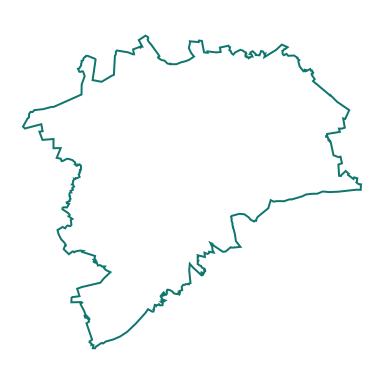 Dolores Hidalgo Cuna de la Independencia Nacional, Guanajuato, Mexico (Mercator projection)
{"feature_id": "50627088B75403273518894", "entity_name": "Dolores Hidalgo Cuna de la Independencia Nacional", "entity_type": "district", "adm_level": 2, "iso_a3": "MEX", "parent_name": "Mexico", "parent_adm1": "Guanajuato", "projection": "mercator", "projection_center": [-100.949, 21.105], "detail": "fine", "context": "isolated", "style": "outline", "palette": "teal", "viewbox_px": 384, "rotation_deg": 0, "n_neighbors": 0, "source": "geoboundaries", "source_scale": "gbopen_adm2", "svg_char_len": 5807}
<svg xmlns="http://www.w3.org/2000/svg" viewBox="0 0 384 384"><path d="M23.0,126.6L24.9,128.5L41.3,124.2L42.6,131.2L39.4,131.7L42.5,139.9L53.5,139.0L53.5,148.2L60.7,148.1L56.7,157.9L60.8,158.7L61.6,161.1L63.2,160.8L66.6,158.9L68.4,158.9L72.2,160.0L75.0,162.3L75.6,163.9L74.9,164.3L76.6,165.8L77.6,165.5L77.9,164.6L78.6,164.9L79.6,164.4L81.0,165.9L80.9,169.7L80.0,169.9L80.2,171.5L79.5,172.0L79.7,173.1L78.7,174.4L79.6,176.9L77.0,178.2L75.9,178.0L75.4,178.9L74.2,178.7L74.4,179.1L73.1,180.8L73.1,182.7L72.2,184.2L72.7,184.1L74.0,186.6L72.3,187.9L72.9,189.8L70.5,190.9L71.2,192.3L70.6,192.3L69.5,193.3L69.4,195.8L70.1,196.2L69.8,197.6L70.6,198.8L69.5,200.2L69.8,200.9L66.6,202.4L66.9,203.3L69.1,203.8L67.0,207.4L63.5,207.3L62.6,207.8L62.4,209.2L68.3,213.2L69.7,214.8L69.3,216.3L68.8,216.4L72.4,219.0L70.8,219.8L71.4,224.9L70.2,226.2L67.7,225.5L66.8,226.0L65.2,228.3L62.6,227.0L57.5,230.0L58.6,234.3L61.3,239.5L64.1,242.3L65.9,245.1L65.6,245.9L64.9,245.9L63.7,249.2L68.9,254.2L72.5,251.5L73.6,251.6L74.2,252.3L75.7,251.4L80.2,250.5L82.7,250.9L81.8,251.3L81.8,251.8L95.1,256.0L94.5,258.4L95.8,260.4L94.0,260.1L94.8,261.1L94.3,261.1L93.7,261.8L94.4,262.3L94.1,262.4L96.9,262.9L97.5,264.6L98.3,265.1L98.2,265.4L99.4,265.2L100.8,265.4L101.8,266.4L105.0,266.5L104.7,266.9L103.4,267.1L104.4,268.5L105.9,270.1L110.4,272.2L103.6,278.7L100.4,282.7L82.0,287.0L77.2,288.7L79.5,296.2L72.3,297.1L71.5,297.9L71.4,302.3L81.5,302.1L82.1,302.7L80.5,303.7L80.7,304.5L84.1,310.8L85.3,314.4L87.2,316.5L84.7,316.1L85.2,317.7L88.1,317.7L87.9,318.7L90.1,318.9L88.6,319.5L89.1,321.6L86.5,323.3L92.1,339.7L89.7,341.3L89.5,342.2L91.3,343.4L91.4,345.0L92.2,344.6L93.5,345.2L92.8,348.2L95.0,348.3L95.9,346.7L101.6,342.9L103.0,343.5L105.8,341.5L113.5,339.4L120.1,336.5L127.1,331.9L135.7,323.7L145.3,313.1L148.1,309.2L152.2,311.6L153.4,311.6L154.0,309.7L153.5,309.3L153.9,308.9L154.8,304.9L155.7,305.1L156.1,305.7L156.3,305.1L157.7,305.2L158.9,304.2L159.8,305.3L162.5,305.2L162.7,303.2L161.3,302.2L162.8,302.1L165.3,300.5L164.0,300.1L163.8,300.8L162.4,300.8L161.5,300.1L162.5,299.6L162.3,298.6L161.1,297.3L161.6,296.0L160.9,295.8L162.5,293.8L162.3,295.9L163.4,295.5L162.8,294.7L164.1,293.0L165.2,294.8L166.0,294.6L166.8,295.2L166.2,294.1L167.0,293.1L166.5,291.4L167.2,290.7L167.0,290.1L167.4,289.7L169.3,289.9L170.9,290.6L172.6,291.7L173.9,293.4L177.2,294.1L177.6,293.7L178.7,294.0L178.7,293.5L179.3,294.5L179.6,294.1L179.1,293.7L179.1,292.9L179.8,292.8L180.0,292.1L179.7,290.9L182.2,290.1L181.7,286.9L183.1,284.9L184.7,284.9L185.8,284.1L188.5,284.2L188.3,283.8L190.5,283.1L189.2,270.4L189.8,263.8L193.1,267.6L201.6,275.4L202.9,274.9L203.1,274.3L202.0,274.5L202.4,273.3L201.4,273.0L201.5,272.4L203.8,273.2L204.4,271.9L204.2,270.7L205.2,270.9L205.2,270.5L204.7,268.9L201.8,267.5L201.1,265.9L199.1,265.3L198.5,264.4L197.7,264.1L197.7,261.2L198.2,261.2L198.4,260.5L197.9,260.3L197.7,259.5L197.7,256.8L198.2,256.8L198.3,256.2L197.9,255.3L204.9,257.0L204.5,252.7L207.4,253.9L208.9,253.3L209.1,251.7L213.8,252.6L212.5,250.0L212.2,246.8L210.4,242.9L212.4,243.9L213.7,245.6L222.9,251.8L225.6,251.5L230.8,247.2L231.9,247.7L240.4,246.9L235.9,241.1L234.9,234.1L233.6,229.0L232.8,227.8L233.2,226.9L232.4,225.2L232.5,223.3L231.5,220.6L231.7,218.5L231.0,216.8L231.7,215.9L239.4,213.8L244.4,214.3L248.6,217.3L250.8,219.9L254.2,221.5L255.1,220.6L256.1,220.8L256.5,218.9L257.7,216.9L268.3,208.2L270.7,200.2L273.9,201.7L276.6,201.1L284.2,201.2L289.6,199.3L291.5,199.5L302.1,196.4L305.9,194.5L311.6,193.8L317.3,193.7L322.8,191.5L329.2,192.1L338.4,191.7L356.2,189.7L360.7,189.8L360.9,186.0L360.6,185.6L361.0,184.4L358.4,184.0L356.4,182.3L356.8,182.0L357.3,178.3L354.2,177.4L353.5,179.0L348.0,174.9L348.8,173.9L345.7,171.0L340.8,175.6L340.8,176.0L339.1,175.8L338.4,164.6L342.0,163.3L340.5,156.7L338.8,157.2L333.5,155.3L330.7,142.1L330.1,141.9L330.1,140.7L328.6,140.6L328.7,139.2L328.3,139.2L327.6,136.8L326.2,136.9L326.1,136.2L327.2,136.2L327.0,134.0L339.8,131.9L339.0,128.6L341.9,128.6L344.8,127.7L343.2,118.4L345.2,119.0L349.2,110.1L337.1,101.8L330.5,95.2L330.3,95.6L313.0,81.1L314.7,79.2L311.9,75.2L311.6,74.0L312.6,73.6L312.3,73.1L313.1,72.5L311.8,70.4L311.1,70.7L310.2,69.0L307.6,70.4L306.0,70.1L306.5,70.9L305.4,71.3L304.5,69.9L303.6,70.7L303.8,71.2L303.5,71.3L299.7,66.6L298.3,61.1L299.3,60.1L297.5,58.7L297.0,57.9L297.3,57.6L294.0,55.5L288.2,55.8L286.5,53.9L283.8,55.2L283.4,54.9L282.6,53.6L282.4,50.9L283.2,50.7L283.9,49.4L285.2,49.0L287.6,47.2L281.8,44.6L276.1,49.9L264.4,57.1L265.3,53.6L264.3,54.0L263.2,51.6L261.1,51.1L259.5,55.3L255.7,55.0L255.6,53.9L252.6,51.2L250.5,52.4L250.6,53.2L249.9,54.0L251.3,54.2L252.4,56.5L251.4,56.5L248.9,58.1L248.7,57.3L246.9,57.4L245.9,56.6L246.2,56.3L245.5,56.2L245.4,54.5L246.2,54.2L246.4,53.6L245.8,52.4L244.3,51.8L242.6,50.5L240.4,49.8L235.0,52.5L233.4,54.6L232.7,54.3L231.6,53.2L230.6,50.9L229.4,50.3L230.0,47.2L229.0,46.8L228.5,45.7L219.9,47.6L220.7,51.9L220.2,52.0L216.3,52.4L207.5,51.4L207.7,52.8L204.0,52.3L201.9,40.9L198.9,40.6L198.7,42.1L189.9,41.3L190.1,42.6L188.8,48.0L191.1,52.9L194.0,56.6L189.2,59.8L185.6,61.2L181.1,62.3L176.4,64.2L171.4,64.2L170.6,63.6L169.9,63.8L169.9,64.1L167.4,63.5L164.5,60.6L161.8,60.1L158.5,58.2L158.0,57.3L159.4,56.4L159.3,55.9L151.1,44.5L148.7,41.8L147.6,39.5L148.3,38.2L147.8,37.0L145.5,35.7L138.8,40.1L142.2,46.5L141.1,46.4L141.2,47.2L140.5,47.6L140.2,46.7L133.1,49.4L134.0,54.3L132.8,54.2L128.0,52.3L116.8,50.5L115.9,51.8L115.8,54.5L114.9,55.9L113.9,74.9L112.0,75.6L101.6,81.8L92.6,80.1L95.6,59.5L94.8,58.7L87.7,55.9L86.0,55.9L85.5,56.9L84.7,57.1L83.5,58.3L83.2,60.1L82.3,60.9L81.6,60.9L81.7,62.4L81.0,64.1L81.3,65.1L79.3,68.3L78.0,68.8L79.3,71.7L80.4,71.9L82.1,71.2L83.1,71.6L84.7,76.2L81.7,84.3L81.5,94.5L53.9,106.8L51.1,107.0L43.4,109.1L34.4,110.1L32.6,112.0L30.6,111.9L29.2,113.7L28.9,117.5L27.6,118.5L23.0,126.6Z" fill="none" stroke="#0f766e" stroke-width="2"/></svg>